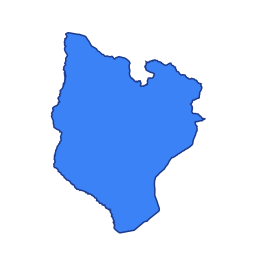 Iringa, Iringa, United Republic of Tanzania (Robinson projection), rotated 262°
{"feature_id": "72390352B92646008536074", "entity_name": "Iringa", "entity_type": "district", "adm_level": 2, "iso_a3": "TZA", "parent_name": "United Republic of Tanzania", "parent_adm1": "Iringa", "projection": "robinson", "projection_center": [35.361, -7.564], "detail": "fine", "context": "isolated", "style": "filled", "palette": "blue", "viewbox_px": 256, "rotation_deg": 262, "n_neighbors": 0, "source": "geoboundaries", "source_scale": "gbopen_adm2", "svg_char_len": 5787}
<svg xmlns="http://www.w3.org/2000/svg" viewBox="0 0 256 256"><g transform="rotate(262 128 128)"><path d="M116.3,53.6L111.5,51.9L111.2,52.0L111.2,51.5L110.5,51.6L109.8,51.1L108.7,51.1L107.4,50.6L106.5,51.2L105.4,50.9L104.5,51.2L102.6,49.5L101.4,49.6L100.1,49.3L99.0,49.9L98.7,51.1L97.6,52.0L97.0,52.7L95.5,53.1L95.0,52.9L94.5,53.5L93.8,53.9L93.1,55.1L91.9,55.5L91.5,55.4L89.3,57.8L88.4,57.8L87.7,58.1L87.0,58.9L85.0,60.2L84.6,61.5L82.9,63.3L81.4,63.7L80.6,64.3L80.5,64.9L79.7,65.1L79.4,66.3L78.0,67.0L76.9,67.1L76.2,67.4L75.1,68.6L74.5,68.8L74.2,70.2L73.7,71.1L72.9,71.7L73.1,72.4L71.8,75.3L70.6,77.0L70.6,77.4L69.9,77.3L69.6,77.6L69.5,78.5L68.9,79.5L68.3,79.2L68.0,80.5L68.0,81.4L67.6,81.9L66.2,83.0L66.0,83.3L66.3,83.5L64.7,84.9L63.5,85.4L63.0,86.7L61.1,87.3L60.7,86.8L60.4,86.8L60.2,87.3L60.1,88.0L59.0,88.9L57.8,89.2L57.3,89.6L57.4,90.2L56.7,91.7L56.4,91.8L55.6,91.7L55.4,92.4L54.9,92.8L55.0,94.0L54.8,94.4L53.7,94.4L52.4,94.8L52.0,95.4L51.5,95.3L51.1,96.5L50.1,97.3L49.9,97.8L50.0,98.8L49.8,99.2L49.3,99.2L49.0,98.6L48.7,98.9L48.3,98.8L48.1,99.0L47.4,98.8L45.8,99.7L44.5,99.7L44.2,100.1L43.9,99.7L42.7,99.4L42.1,100.2L41.4,100.1L40.6,100.8L39.6,100.6L37.6,101.4L37.0,100.5L36.4,101.0L36.2,100.4L33.6,101.3L33.0,100.8L32.4,100.8L31.0,100.3L30.5,100.5L30.0,101.0L29.4,101.1L27.3,103.0L25.6,104.8L25.3,105.6L25.9,119.9L32.9,131.0L33.2,134.2L34.1,135.0L35.4,136.8L41.4,147.0L42.9,147.7L45.1,147.6L48.5,146.9L51.3,146.5L57.6,145.1L63.7,146.1L66.5,146.1L69.9,146.5L72.5,147.2L75.2,148.4L75.9,148.9L77.2,150.9L79.0,153.0L82.4,158.3L84.5,160.0L86.5,162.2L89.3,164.1L92.6,167.1L92.5,168.2L93.0,169.2L93.2,170.3L93.8,171.1L94.3,172.7L95.1,173.5L95.6,175.3L96.2,176.1L96.4,176.9L97.3,178.4L98.1,180.8L98.5,181.2L99.4,183.5L99.6,184.4L100.3,185.3L100.8,186.8L101.4,187.3L102.0,188.7L102.5,188.9L103.2,189.8L105.7,190.5L108.0,191.5L112.0,194.0L113.7,194.5L115.7,196.0L118.1,196.3L119.3,196.2L120.0,196.6L121.4,195.6L121.9,195.4L124.6,195.3L124.9,196.0L124.6,197.7L125.0,199.1L124.9,199.8L125.2,201.0L124.8,202.3L125.5,202.8L125.8,204.3L126.3,205.3L126.7,204.7L127.1,202.9L129.5,201.6L130.3,200.4L131.9,199.7L132.6,197.6L132.9,197.1L133.2,194.9L133.6,194.1L135.6,193.3L136.3,193.9L137.0,193.9L138.1,194.5L138.8,194.2L139.4,194.6L140.0,194.6L141.8,194.0L143.0,193.2L143.5,194.2L144.9,195.4L146.1,195.5L146.4,195.8L146.5,197.8L146.9,198.3L147.1,199.4L147.8,200.9L147.7,201.9L148.1,202.8L150.3,203.1L151.1,203.6L153.2,203.9L154.9,205.3L157.4,206.7L158.6,206.7L158.9,206.2L159.6,206.3L160.3,206.1L160.8,206.1L161.5,206.6L162.2,205.3L162.4,204.3L163.8,203.0L164.6,203.1L164.9,202.7L165.7,202.4L166.3,200.9L167.2,200.4L168.3,197.8L168.1,197.7L167.8,197.1L168.2,195.0L169.3,194.2L169.6,193.3L170.4,193.0L170.7,192.5L172.5,191.8L173.2,189.3L173.0,188.2L173.7,187.2L176.7,185.6L177.1,184.4L177.8,183.9L179.2,183.8L180.6,183.2L181.6,183.4L182.2,182.3L183.4,181.4L183.9,180.3L184.4,180.0L186.2,179.4L186.3,178.7L186.0,178.2L186.2,177.9L185.1,175.7L184.8,173.7L186.2,171.8L186.9,171.3L187.6,170.0L188.2,170.1L188.7,169.5L189.7,166.8L190.6,166.5L191.2,164.7L191.7,164.1L191.7,163.5L191.4,162.8L191.5,162.4L191.3,162.4L191.4,162.0L190.9,161.7L191.3,161.0L191.0,159.5L191.1,159.1L190.5,158.5L190.5,157.3L190.3,157.3L190.3,156.8L189.9,156.6L191.0,155.2L189.9,155.4L189.6,155.0L188.8,155.0L187.8,154.7L187.4,153.9L186.5,153.3L186.2,153.3L186.1,153.7L185.6,153.5L184.7,154.1L184.4,153.8L183.6,154.2L183.2,154.0L182.7,154.2L179.9,158.2L179.3,160.1L177.7,161.7L177.0,161.2L175.3,160.4L174.1,159.3L174.0,158.0L174.5,156.8L174.5,155.0L173.6,154.7L172.0,153.7L171.4,153.8L169.7,153.5L169.0,152.9L168.4,153.2L168.2,152.9L168.1,152.3L168.3,151.9L168.2,151.4L167.7,150.7L167.8,149.8L167.3,149.4L167.6,147.4L167.5,146.7L167.9,146.2L168.2,146.2L170.3,147.1L173.0,146.6L173.1,146.2L172.9,145.6L173.2,144.8L172.7,144.0L172.4,144.0L172.3,143.5L172.6,142.6L173.0,142.5L172.8,142.2L173.0,141.7L173.8,141.0L173.9,140.7L175.2,140.3L176.3,138.8L176.6,139.0L177.0,138.3L177.7,137.8L178.9,137.3L180.9,136.9L182.3,137.0L182.7,137.3L185.0,137.9L185.4,137.7L186.6,137.7L187.0,137.5L188.8,137.7L190.5,138.1L192.0,139.0L194.1,138.2L196.6,135.9L197.6,134.7L199.9,129.0L199.1,125.5L198.2,124.6L198.2,124.2L198.9,123.5L200.6,122.7L201.2,122.1L201.0,119.9L202.1,117.7L202.3,116.3L202.1,115.7L202.5,114.8L204.0,114.0L204.3,113.5L204.4,112.7L207.7,110.0L208.2,109.1L209.7,108.1L210.7,107.8L212.1,106.2L213.8,103.8L215.4,102.8L219.3,101.4L221.0,100.4L224.4,98.8L225.2,97.6L227.6,92.5L227.9,90.6L230.0,84.4L230.7,81.9L230.4,81.4L230.3,80.5L229.8,79.5L229.5,79.4L227.5,80.3L226.7,80.0L226.0,79.3L225.5,79.3L225.0,78.9L225.0,77.9L224.1,77.9L221.7,76.9L221.3,77.3L220.5,77.2L219.9,76.8L218.5,76.9L217.7,77.8L216.9,76.9L215.1,76.1L213.5,76.3L211.4,76.9L208.9,78.1L208.0,78.1L205.8,76.1L202.5,75.6L200.9,74.4L200.0,75.0L199.3,75.0L197.8,73.2L197.0,73.1L196.4,72.6L195.4,72.8L194.8,72.2L193.3,73.2L192.5,73.3L192.1,73.6L191.7,73.3L191.3,73.3L191.5,72.7L191.4,72.6L190.8,73.3L190.3,73.1L190.0,73.4L189.7,73.0L189.2,73.4L189.1,72.6L188.3,72.9L187.8,72.7L187.5,73.2L187.2,72.6L186.6,73.0L186.3,72.7L185.8,72.7L185.4,72.3L185.0,72.7L184.0,71.9L183.1,72.1L182.2,71.5L181.6,71.6L181.4,70.7L180.8,70.7L180.5,70.0L180.2,70.0L179.8,70.5L179.0,69.7L177.5,69.3L176.2,68.3L174.3,65.9L173.4,66.3L172.3,65.8L171.6,66.0L170.8,65.0L169.2,65.1L168.1,63.5L167.4,63.3L167.2,62.8L163.2,64.0L162.9,63.3L163.1,62.7L161.4,62.2L160.2,60.8L159.4,58.0L158.4,56.4L157.4,56.1L156.2,56.6L155.6,56.6L155.0,55.6L154.0,55.3L153.6,54.7L153.2,54.4L151.6,54.8L150.5,53.9L150.1,53.9L144.9,55.2L143.8,54.7L141.4,54.8L140.7,55.1L139.6,54.8L138.9,54.9L136.3,57.8L135.8,59.2L134.4,60.1L133.7,60.0L133.4,61.2L132.5,61.8L130.0,60.8L128.9,60.1L125.1,60.1L123.7,58.6L122.5,58.3L121.9,57.4L120.3,56.4L119.6,55.4L116.9,54.3L116.3,53.6Z" fill="#3b82f6" stroke="#1e3a8a" stroke-width="1.5"/></g></svg>